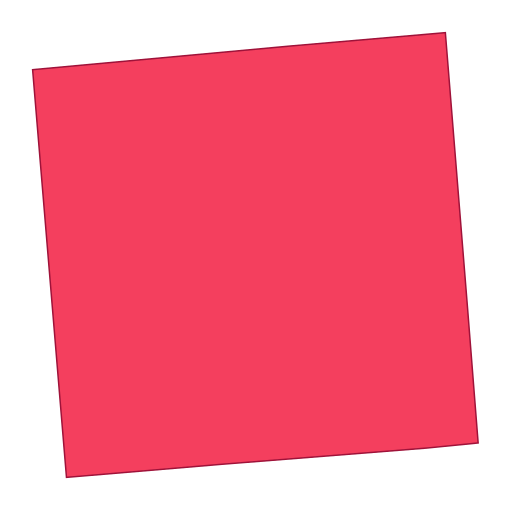 outline of Wilson, Kansas, United States of America, rotated 265°
{"feature_id": "52423323B84575223553196", "entity_name": "Wilson", "entity_type": "district", "adm_level": 2, "iso_a3": "USA", "parent_name": "United States of America", "parent_adm1": "Kansas", "projection": "orthographic", "projection_center": [-95.752, 37.559], "detail": "fine", "context": "isolated", "style": "filled", "palette": "rose", "viewbox_px": 512, "rotation_deg": 265, "n_neighbors": 0, "source": "geoboundaries", "source_scale": "gbopen_adm2", "svg_char_len": 272}
<svg xmlns="http://www.w3.org/2000/svg" viewBox="0 0 512 512"><g transform="rotate(265 256 256)"><path d="M461.1,49.7L52.0,47.9L51.5,203.0L49.8,409.1L50.4,461.0L184.6,462.2L462.0,464.1L462.2,308.8L461.1,49.7Z" fill="#f43f5e" stroke="#9f1239" stroke-width="1.5"/></g></svg>